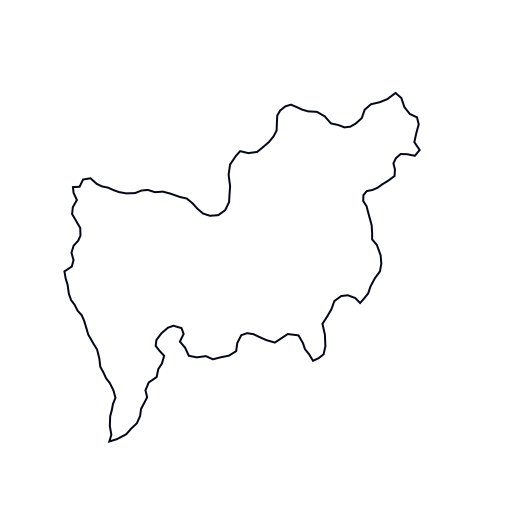 the district of Conceição dos Ouros, Minas Gerais, Brazil, rotated 163°
{"feature_id": "56859067B29427208772050", "entity_name": "Conceição dos Ouros", "entity_type": "district", "adm_level": 2, "iso_a3": "BRA", "parent_name": "Brazil", "parent_adm1": "Minas Gerais", "projection": "orthographic", "projection_center": [-45.772, -22.442], "detail": "fine", "context": "isolated", "style": "outline", "palette": "ink", "viewbox_px": 512, "rotation_deg": 163, "n_neighbors": 0, "source": "geoboundaries", "source_scale": "gbopen_adm2", "svg_char_len": 2417}
<svg xmlns="http://www.w3.org/2000/svg" viewBox="0 0 512 512"><g transform="rotate(163 256 256)"><path d="M450.5,121.5L442.7,121.5L432.2,123.5L426.0,127.3L418.8,130.9L413.6,136.9L410.7,143.3L405.2,148.8L401.4,152.7L401.0,159.8L395.6,166.4L386.4,169.3L382.5,176.4L377.5,180.6L373.0,187.4L376.2,194.0L378.2,199.4L375.8,204.8L368.9,209.8L361.1,213.2L355.3,213.4L348.3,208.8L348.0,202.6L353.8,196.4L350.6,189.0L349.4,180.2L342.3,176.4L333.2,174.9L327.4,169.8L319.9,169.5L311.0,168.6L302.8,170.8L299.3,178.3L293.2,184.6L287.1,184.8L281.3,182.0L277.3,178.3L270.8,172.6L263.3,167.7L257.2,169.5L248.5,172.1L238.6,167.7L236.6,159.1L236.4,152.7L234.0,146.6L232.1,139.1L226.0,140.0L220.1,142.2L216.0,149.5L213.1,160.7L212.3,171.7L205.3,177.6L199.5,183.0L194.2,190.0L186.2,192.8L179.7,191.6L173.4,186.8L170.2,180.6L165.6,183.4L159.7,187.4L155.4,193.4L148.8,200.0L142.0,205.0L138.4,212.0L136.6,220.3L137.2,231.3L140.1,237.9L138.3,243.7L136.4,251.7L136.0,264.7L135.7,271.2L137.4,277.2L135.5,282.8L131.1,285.7L125.5,285.1L119.8,285.7L114.4,287.6L107.4,289.4L100.1,292.0L97.8,298.2L97.5,304.4L93.7,308.6L87.9,311.2L81.8,309.2L74.8,305.4L68.5,309.5L71.3,318.6L66.5,327.1L61.9,334.3L61.5,341.5L67.4,346.9L70.6,355.1L70.8,364.5L74.9,371.1L84.7,367.6L92.6,366.9L101.7,367.5L109.3,364.1L114.6,356.9L122.2,353.4L128.0,352.1L133.7,353.1L139.0,357.2L145.6,360.9L149.4,369.4L155.5,376.0L163.9,379.1L169.2,382.6L173.3,386.3L178.3,390.5L184.2,390.5L190.3,388.1L194.6,384.1L197.0,377.5L199.6,370.0L204.2,365.3L210.3,361.2L218.1,357.8L224.5,355.2L233.2,356.6L240.5,360.9L246.2,357.4L254.1,351.0L258.4,341.8L260.4,330.2L263.3,322.7L266.0,315.4L272.1,308.8L280.2,306.1L288.2,307.9L294.1,312.0L298.2,318.3L301.2,324.8L305.4,331.2L311.7,334.8L319.5,340.6L326.3,344.8L334.0,346.6L340.1,350.8L346.5,352.1L353.2,351.5L361.7,353.8L368.2,357.1L372.9,360.6L377.6,364.7L383.0,367.6L387.2,371.5L391.5,378.7L399.0,379.7L404.5,373.8L410.9,375.4L412.0,369.7L410.9,361.9L416.9,356.2L419.6,349.9L417.9,342.7L415.9,334.2L417.9,326.8L421.6,322.6L427.4,319.2L431.5,313.0L431.7,305.4L435.2,299.8L443.7,297.3L444.6,290.0L444.6,283.4L446.0,274.7L445.7,267.8L443.7,262.4L442.6,255.9L440.0,250.3L439.3,244.5L439.3,237.9L439.4,229.9L437.1,219.8L435.3,212.9L435.8,203.8L437.3,195.6L436.0,189.6L435.1,182.8L433.0,177.4L431.6,169.0L431.9,161.4L436.0,156.4L439.1,150.5L442.3,145.4L445.5,136.1L446.6,127.3L450.5,121.5Z" fill="none" stroke="#020617" stroke-width="2"/></g></svg>